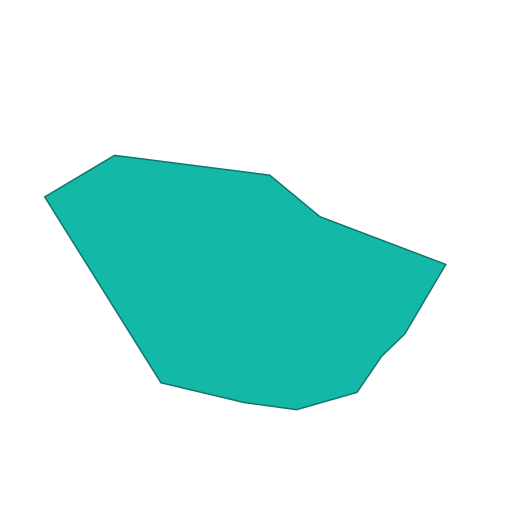 an SVG outline of Odranci, rotated 235°
{"feature_id": "SVN-1046", "entity_name": "Odranci", "entity_type": "Municipality", "adm_level": 1, "iso_a3": "SVN", "parent_name": "Slovenia", "parent_adm1": "", "projection": "robinson", "projection_center": [16.274, 46.584], "detail": "fine", "context": "isolated", "style": "filled", "palette": "teal", "viewbox_px": 512, "rotation_deg": 235, "n_neighbors": 0, "source": "natural_earth", "source_scale": "10m", "svg_char_len": 314}
<svg xmlns="http://www.w3.org/2000/svg" viewBox="0 0 512 512"><g transform="rotate(235 256 256)"><path d="M206.7,105.4L425.6,116.8L419.6,197.8L314.3,313.6L251.5,330.9L140.2,406.6L106.9,333.3L101.8,301.4L86.4,260.5L106.9,201.0L142.8,162.2L206.7,105.4Z" fill="#14b8a6" stroke="#0f766e" stroke-width="1.5"/></g></svg>